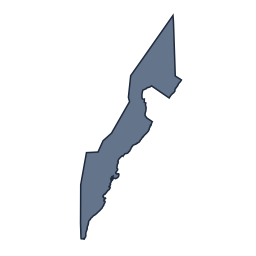 outline of Grindavíkurbær, Suðurnes, Iceland, rotated 305°
{"feature_id": "244011B76002453234506", "entity_name": "Grindavíkurbær", "entity_type": "district", "adm_level": 2, "iso_a3": "ISL", "parent_name": "Iceland", "parent_adm1": "Suðurnes", "projection": "robinson", "projection_center": [-22.33, 63.889], "detail": "fine", "context": "isolated", "style": "filled", "palette": "slate", "viewbox_px": 256, "rotation_deg": 305, "n_neighbors": 0, "source": "geoboundaries", "source_scale": "gbopen_adm2", "svg_char_len": 5135}
<svg xmlns="http://www.w3.org/2000/svg" viewBox="0 0 256 256"><g transform="rotate(305 128 128)"><path d="M192.2,100.3L172.4,100.2L153.4,110.7L150.4,114.2L114.3,117.5L103.3,114.9L91.1,117.2L84.0,108.1L54.4,121.8L22.4,144.0L10.5,152.9L10.1,152.6L10.5,153.2L10.6,153.6L10.8,153.8L11.0,154.1L11.1,154.3L11.2,154.5L11.3,154.6L11.6,154.9L11.5,155.1L11.6,155.3L11.7,155.5L11.3,155.6L11.7,155.7L11.8,155.8L12.1,155.5L12.3,155.5L12.5,155.5L12.6,155.8L13.3,155.7L13.5,155.6L14.1,155.6L14.3,155.7L15.2,155.4L15.9,155.1L16.0,155.0L16.1,154.9L16.4,154.6L16.8,154.3L17.0,154.1L17.8,153.8L18.0,153.7L18.4,153.4L19.3,153.2L19.8,153.0L20.2,153.0L21.4,152.5L21.8,152.5L21.9,152.4L22.2,152.4L23.1,151.6L23.7,151.3L25.4,151.0L26.4,150.6L26.7,150.3L27.5,150.2L28.6,149.5L29.4,149.3L29.7,149.2L30.4,149.3L31.3,149.6L31.7,149.6L32.2,149.3L32.7,149.3L33.4,149.5L33.9,149.7L35.9,149.9L37.4,150.5L37.7,150.7L38.1,150.8L38.8,151.1L39.6,151.2L40.3,151.4L41.4,151.6L42.0,151.7L43.0,151.9L43.8,152.2L45.9,152.4L47.4,152.7L48.4,152.5L51.0,152.4L51.3,152.3L51.7,152.0L53.1,151.9L53.9,151.8L54.4,151.5L54.6,151.4L54.6,151.2L54.9,150.8L54.8,150.6L54.3,150.6L54.2,150.7L54.4,150.3L54.4,150.1L54.6,150.0L55.1,149.7L55.5,149.6L56.4,149.6L56.6,149.6L56.7,149.8L57.1,150.0L57.4,150.0L57.4,149.9L57.6,149.7L57.3,149.5L56.7,148.9L56.8,148.7L57.1,148.6L57.1,148.3L57.1,148.1L57.3,148.0L57.5,147.7L57.5,147.4L57.3,147.3L57.3,146.9L57.8,146.6L58.1,146.6L58.6,146.4L59.3,146.5L59.9,146.5L60.2,146.5L60.6,146.8L60.4,147.1L60.6,147.2L61.1,147.1L61.7,147.1L62.3,147.1L62.3,147.3L62.5,147.4L63.1,147.4L63.4,147.2L63.6,147.2L64.2,147.3L64.7,147.2L65.0,147.2L65.2,147.5L65.7,147.5L66.2,147.7L66.8,147.9L67.3,147.9L67.6,147.7L68.1,147.8L69.2,147.4L68.9,146.9L69.1,146.8L69.0,146.6L69.1,146.3L69.2,146.2L69.1,145.9L69.5,145.7L69.4,145.8L69.5,145.9L69.6,146.2L70.0,146.2L70.5,146.2L71.0,146.3L71.2,146.2L71.4,146.2L71.9,146.0L71.9,145.8L71.6,145.7L71.8,145.4L72.3,145.2L72.5,145.3L72.7,145.2L73.6,145.3L73.7,145.2L74.0,145.1L74.9,145.0L75.2,144.8L76.3,145.0L76.5,145.1L76.4,145.0L75.3,144.7L75.4,144.4L75.5,144.3L76.2,144.1L76.5,144.2L76.2,144.0L76.5,143.9L76.8,143.9L76.1,143.7L75.9,143.7L76.0,143.6L76.2,143.4L76.2,143.5L76.7,143.5L76.7,143.4L76.8,143.4L76.9,143.5L77.9,143.3L77.9,142.9L78.4,142.7L79.0,142.7L79.6,143.0L79.8,143.3L78.5,143.5L79.4,143.4L79.8,143.5L79.3,143.8L79.3,143.7L79.3,143.8L78.9,143.9L78.5,144.1L77.1,144.0L77.8,144.1L78.2,144.2L78.2,144.4L78.3,144.6L77.3,144.8L77.1,145.1L77.3,145.1L77.4,144.9L78.4,144.6L78.6,144.8L78.7,145.1L79.0,145.6L79.1,146.0L79.3,146.2L79.2,146.6L79.3,146.8L80.4,147.5L81.1,147.8L81.9,148.0L83.0,148.0L83.5,147.8L84.8,147.2L85.0,147.0L85.1,146.8L85.1,146.7L85.0,146.3L84.6,146.0L84.5,145.8L84.2,145.7L84.2,145.4L83.9,145.1L83.9,144.9L84.2,144.7L83.9,144.3L84.1,144.0L84.1,143.8L84.2,143.6L84.6,143.4L85.1,143.4L87.1,143.6L87.9,143.5L88.1,143.3L88.6,142.8L88.6,142.7L88.5,142.3L88.7,142.0L89.0,141.9L89.2,141.6L89.5,141.4L90.8,140.9L91.3,140.4L91.5,140.3L92.4,140.1L93.1,140.2L93.3,140.0L93.8,139.9L94.2,139.6L94.5,139.5L94.7,139.2L94.8,139.2L94.8,138.9L95.1,138.7L96.0,138.5L96.8,138.4L98.3,138.4L99.1,138.5L99.5,138.6L99.6,138.8L100.2,138.7L101.1,138.9L101.5,139.0L101.9,139.4L101.9,139.5L102.0,139.5L102.4,139.8L102.3,140.1L102.7,140.0L103.3,140.1L103.7,140.1L104.1,140.2L104.6,140.1L105.1,140.2L105.5,140.4L105.5,140.5L105.6,140.8L105.8,141.0L106.1,141.3L106.7,141.6L107.1,142.1L107.9,142.2L108.3,142.4L108.7,142.2L108.8,142.1L109.3,142.2L109.5,142.4L110.0,142.6L110.7,142.5L111.1,142.3L111.7,142.3L112.0,142.4L113.4,142.0L113.9,142.0L114.1,142.1L115.0,141.8L115.4,141.9L115.5,142.0L115.7,141.9L116.1,142.1L116.4,142.0L117.0,142.1L117.5,142.3L117.6,142.5L117.8,142.7L118.4,143.1L118.7,143.3L119.0,143.4L119.1,143.6L119.8,143.8L120.2,143.8L120.2,144.1L120.3,144.1L120.9,144.3L121.0,144.5L121.3,144.5L121.7,144.6L122.8,145.2L123.7,145.1L124.3,145.3L124.9,145.1L125.5,145.1L126.0,145.2L126.8,145.3L128.6,145.1L128.8,145.2L128.8,145.4L129.0,145.5L129.9,145.3L130.1,145.5L131.3,145.5L132.2,145.7L133.5,146.0L133.8,146.0L134.8,146.2L137.0,146.4L138.7,146.2L139.4,146.0L139.7,145.7L140.0,145.5L140.9,145.6L141.5,145.4L142.1,145.2L142.4,145.3L142.8,145.1L143.0,145.3L143.4,145.2L143.6,145.3L143.8,145.2L143.7,144.9L144.1,145.0L146.6,144.3L147.1,144.3L147.0,137.7L148.0,134.8L149.4,133.9L150.1,133.5L152.0,132.9L155.1,131.2L156.7,129.3L157.2,128.9L158.7,128.3L158.3,126.7L161.1,124.8L160.4,124.2L160.2,123.0L160.8,122.2L162.3,121.0L163.8,120.0L167.4,118.4L171.1,120.6L171.5,120.5L171.9,120.5L172.3,120.7L172.9,121.5L173.9,122.3L174.6,122.6L175.8,123.0L176.0,123.1L176.2,144.5L176.7,144.4L177.1,144.5L177.4,144.4L178.1,144.4L179.6,144.4L180.6,144.6L181.7,144.7L183.1,145.2L184.1,145.2L185.1,145.3L185.3,145.2L186.2,144.5L186.5,144.4L187.3,144.2L187.5,144.2L187.7,144.4L187.9,144.3L188.0,144.2L188.1,144.3L188.4,144.2L189.6,144.4L189.9,144.3L190.2,144.4L190.7,144.3L190.9,144.3L191.1,144.4L191.3,144.3L191.5,144.3L191.8,144.3L192.1,144.2L192.6,144.2L193.0,144.0L193.7,144.0L194.5,144.1L194.9,144.2L196.0,144.3L197.2,144.3L198.0,144.2L197.7,136.9L241.1,104.3L246.0,100.3L192.2,100.3Z" fill="#64748b" stroke="#1e293b" stroke-width="1.5"/></g></svg>